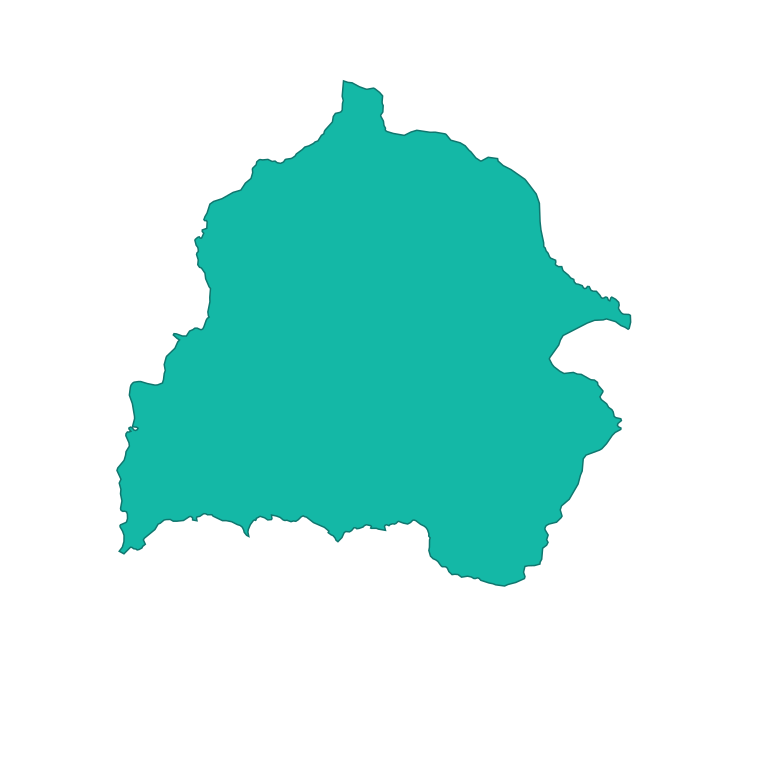 Remexio, Aileu, East Timor (Natural Earth projection), rotated 115°
{"feature_id": "22284137B74211319076421", "entity_name": "Remexio", "entity_type": "district", "adm_level": 2, "iso_a3": "TLS", "parent_name": "East Timor", "parent_adm1": "Aileu", "projection": "natural_earth1", "projection_center": [125.716, -8.631], "detail": "fine", "context": "isolated", "style": "filled", "palette": "teal", "viewbox_px": 768, "rotation_deg": 115, "n_neighbors": 0, "source": "geoboundaries", "source_scale": "gbopen_adm2", "svg_char_len": 6171}
<svg xmlns="http://www.w3.org/2000/svg" viewBox="0 0 768 768"><g transform="rotate(115 384 384)"><path d="M126.4,548.8L140.9,543.5L144.3,540.7L147.3,540.2L153.6,537.6L155.4,538.0L156.5,538.8L159.3,542.4L163.0,543.0L168.3,541.5L178.5,544.6L180.1,544.8L182.7,544.3L185.1,545.8L191.6,546.6L193.8,548.8L195.8,549.6L199.9,552.7L202.7,555.9L206.2,557.2L212.6,560.7L214.9,560.9L217.7,562.5L218.8,563.4L221.7,567.8L222.4,568.4L225.3,568.9L227.7,570.9L228.6,574.3L228.0,576.9L229.6,579.5L229.5,584.1L232.2,588.7L233.0,591.3L234.1,592.2L236.5,593.2L239.3,592.5L243.9,594.2L244.9,594.1L248.0,592.3L254.0,591.4L260.5,594.5L268.8,595.7L274.1,601.7L284.6,609.2L290.6,615.6L294.5,617.8L303.9,616.6L307.9,617.0L311.2,616.7L311.7,615.3L310.9,614.0L311.8,612.8L317.8,610.4L321.2,613.8L322.6,613.2L323.5,611.1L328.8,611.0L329.5,612.2L328.7,613.7L329.9,614.9L332.8,616.2L333.7,616.1L337.6,612.9L338.9,610.5L340.2,609.5L342.4,608.3L344.3,608.9L345.9,608.6L350.0,604.8L354.6,603.2L356.2,600.5L356.0,599.1L356.3,598.0L359.2,593.1L364.0,590.1L369.8,583.6L370.8,581.6L379.1,578.5L383.1,576.5L393.1,574.1L396.4,572.0L397.2,570.8L399.3,571.9L401.3,572.1L408.3,571.4L410.6,571.5L411.7,572.2L412.3,573.5L412.3,576.9L413.4,579.1L415.4,580.1L418.2,582.6L424.0,583.4L425.7,586.9L426.3,593.3L427.1,595.6L428.6,595.7L430.1,590.9L430.5,587.9L432.9,588.7L440.0,588.6L450.7,592.7L451.9,592.7L459.3,591.4L464.3,587.9L467.4,587.6L473.2,585.7L476.7,585.2L480.5,588.8L481.8,591.1L483.6,598.6L484.6,605.6L485.5,607.5L488.0,611.3L489.4,612.2L491.9,612.8L494.1,612.5L501.7,610.1L508.1,603.8L518.7,596.5L520.8,595.4L528.6,594.0L528.7,592.9L527.7,590.0L528.0,588.2L529.6,588.3L531.1,589.4L531.4,591.1L530.1,593.7L530.2,595.6L531.8,596.6L532.8,595.8L533.8,593.4L535.3,594.8L535.9,596.3L538.1,596.8L540.0,596.1L545.0,590.3L547.9,588.5L554.3,589.2L557.8,588.1L563.0,587.3L572.6,589.8L575.2,589.5L581.5,582.1L585.7,582.1L590.7,577.9L594.9,576.4L600.7,572.1L608.1,570.2L609.1,569.5L609.7,568.7L609.8,566.8L608.9,565.4L608.7,563.3L610.4,561.6L614.3,559.6L617.6,559.1L618.6,559.4L623.0,563.3L624.0,563.4L625.1,562.7L627.9,558.7L631.1,555.6L636.7,553.1L642.4,552.2L647.5,553.3L647.8,547.9L639.1,544.8L638.6,543.4L639.1,541.3L638.4,539.1L638.7,537.6L637.5,536.0L634.9,534.1L633.2,534.1L630.1,532.6L627.0,536.2L625.0,536.0L612.7,530.1L606.4,529.5L604.8,528.0L600.2,525.8L599.0,524.2L597.1,520.5L597.4,517.1L595.9,513.8L592.4,508.0L586.4,504.3L585.7,503.1L586.1,501.0L588.1,500.0L587.0,495.7L584.8,497.3L583.4,497.3L581.8,495.0L577.7,492.6L577.0,490.7L577.1,488.7L575.2,484.8L576.0,483.1L576.1,472.7L574.5,469.2L573.2,463.9L573.4,457.7L573.0,454.5L573.7,451.9L575.6,449.5L577.5,448.0L579.2,444.6L579.3,442.1L575.7,444.8L573.1,445.5L568.0,445.7L563.4,444.8L562.0,444.1L561.9,442.8L561.1,442.5L559.9,443.0L556.3,440.4L555.7,435.7L556.3,431.9L554.5,428.8L553.5,428.6L550.3,430.6L549.8,428.6L549.1,425.6L548.8,421.7L549.8,418.0L549.6,416.2L548.5,414.4L548.1,410.1L546.4,408.2L545.7,405.9L543.2,404.3L539.3,402.9L537.6,401.5L537.8,400.2L537.4,397.9L539.4,389.3L539.1,377.4L540.6,371.8L542.3,371.8L543.0,368.4L543.0,365.9L544.3,363.2L545.9,361.4L546.4,359.1L540.9,357.2L535.7,357.3L533.9,356.4L532.6,352.8L530.5,351.4L527.0,350.5L526.3,348.8L526.7,347.5L525.3,345.4L522.4,342.5L520.6,341.9L519.0,340.5L518.0,336.3L518.5,335.2L520.2,335.2L520.2,334.6L518.0,329.9L517.9,327.8L516.0,320.8L513.0,323.3L511.6,323.3L510.9,322.6L510.4,322.1L510.3,319.6L508.7,319.0L506.9,316.9L506.6,315.4L505.3,314.2L503.1,313.4L502.3,312.7L501.9,307.7L500.9,303.4L498.3,301.4L495.4,300.4L494.6,299.3L494.4,297.4L495.7,291.6L495.8,287.7L496.3,285.4L497.7,283.0L500.8,280.0L502.9,279.2L504.0,277.1L505.9,276.9L512.8,273.8L515.9,273.0L520.4,269.1L521.6,265.6L521.5,263.0L522.0,260.3L524.6,255.6L525.0,254.1L523.6,250.9L524.1,248.8L526.6,245.9L528.0,241.8L526.5,239.4L525.4,236.4L526.3,232.1L522.9,227.1L522.0,223.3L522.3,220.5L521.8,219.1L520.2,217.4L520.0,215.6L521.0,213.4L520.0,205.0L519.0,200.8L518.8,197.9L516.1,189.3L513.3,186.9L508.2,180.7L501.0,174.5L499.0,174.8L495.6,178.0L489.8,179.2L487.8,176.6L484.9,170.8L481.3,166.6L479.4,167.2L476.2,167.0L465.8,170.8L461.4,168.5L458.2,168.4L456.4,170.8L451.5,171.4L448.2,176.2L447.1,177.1L445.3,177.3L443.7,177.1L441.3,175.4L436.3,169.2L430.4,167.0L428.5,166.8L423.6,171.1L419.4,171.6L410.2,167.4L392.6,165.8L383.8,167.4L379.1,167.6L367.6,171.8L363.0,170.8L352.8,160.7L350.6,159.2L344.1,157.1L334.0,155.4L330.2,154.0L325.1,150.2L323.8,150.6L323.7,153.5L322.8,155.0L320.9,155.3L316.8,153.4L315.4,154.7L316.5,159.6L316.1,161.7L312.4,164.5L311.0,166.5L310.2,170.6L307.9,173.8L306.3,180.5L304.4,182.9L298.6,182.3L297.7,182.7L294.5,189.7L292.3,191.2L291.5,195.0L292.6,197.9L292.7,199.5L291.9,209.3L293.3,213.0L293.5,217.3L298.4,225.3L298.1,230.2L296.5,237.2L295.2,239.9L291.4,244.8L289.8,244.9L274.8,242.1L269.5,242.7L264.4,242.2L242.8,225.5L237.3,220.1L233.3,212.5L231.0,209.9L229.6,200.5L230.9,194.0L230.7,189.4L231.2,185.9L230.0,185.3L223.7,186.6L217.7,189.7L217.5,191.5L219.5,196.3L219.5,197.9L219.0,199.5L216.9,202.9L215.8,203.7L213.1,204.2L210.8,205.8L209.3,209.9L209.0,214.3L210.0,214.8L213.2,214.5L213.2,216.0L211.3,218.1L211.3,219.2L211.7,220.2L212.9,220.8L214.0,222.4L213.8,223.8L212.4,225.7L210.2,230.7L211.5,233.7L211.6,236.0L209.0,239.2L209.6,240.8L211.7,241.2L212.7,242.4L212.6,243.8L211.1,245.9L211.4,249.8L212.1,252.3L211.0,254.8L209.0,256.2L209.0,259.6L207.4,263.0L205.9,268.9L205.2,270.1L202.5,272.5L203.9,275.5L203.6,278.5L202.9,279.4L200.9,279.8L199.3,280.8L199.5,286.2L198.6,287.9L196.1,290.6L194.8,293.4L192.6,295.4L192.0,297.2L188.5,299.0L178.0,306.9L170.7,311.3L154.6,319.5L147.5,326.3L139.7,341.1L138.9,342.9L136.0,359.5L135.7,368.3L133.7,374.9L131.7,376.3L134.5,385.4L140.6,389.9L141.1,390.8L140.3,396.3L136.8,403.5L136.3,405.6L133.8,411.1L133.2,416.9L134.8,426.5L131.6,433.1L131.5,434.4L134.1,443.9L136.4,448.6L140.2,461.5L144.2,466.0L150.1,470.7L153.0,481.5L153.9,487.9L153.7,489.4L153.1,490.3L151.5,490.8L149.7,493.3L146.0,495.6L142.5,500.3L141.5,500.6L138.0,500.0L132.0,502.4L130.7,504.0L129.2,504.9L123.5,507.0L121.6,511.2L120.2,517.3L120.3,518.6L124.1,524.0L124.4,525.2L125.0,532.1L124.5,540.2L125.9,544.2L126.4,548.8Z" fill="#14b8a6" stroke="#0f766e" stroke-width="1.5"/></g></svg>